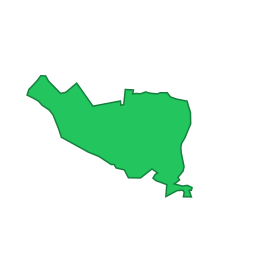 outline of Kiziltepa, Navoi, Uzbekistan, rotated 145°
{"feature_id": "79887680B30897386041175", "entity_name": "Kiziltepa", "entity_type": "district", "adm_level": 2, "iso_a3": "UZB", "parent_name": "Uzbekistan", "parent_adm1": "Navoi", "projection": "natural_earth1", "projection_center": [64.933, 39.801], "detail": "fine", "context": "isolated", "style": "filled", "palette": "green", "viewbox_px": 256, "rotation_deg": 145, "n_neighbors": 0, "source": "geoboundaries", "source_scale": "gbopen_adm2", "svg_char_len": 1045}
<svg xmlns="http://www.w3.org/2000/svg" viewBox="0 0 256 256"><g transform="rotate(145 128 128)"><path d="M101.6,151.7L104.6,153.2L101.7,156.0L108.1,161.1L118.1,149.6L120.8,150.8L118.7,154.5L144.2,166.0L144.3,194.2L158.4,192.9L163.4,195.0L166.2,212.0L165.6,217.9L169.5,220.8L175.7,218.8L182.5,217.3L186.9,216.5L191.8,212.9L188.8,207.4L187.8,205.4L185.9,201.3L185.3,195.8L182.2,188.0L181.8,181.9L185.4,166.7L187.9,158.6L179.7,142.0L174.4,131.1L168.2,121.5L162.7,107.7L160.3,106.1L160.7,102.1L155.0,95.8L156.2,87.0L146.4,79.9L131.8,80.7L129.6,74.2L132.4,74.4L136.3,72.6L135.3,68.8L128.7,59.4L136.3,50.1L131.5,49.5L123.9,48.6L118.8,45.7L118.8,43.1L122.1,39.9L115.6,35.2L113.7,41.8L111.8,40.6L109.7,42.4L112.2,46.9L116.6,49.1L122.2,55.7L115.6,55.8L115.3,58.9L107.6,61.1L104.3,64.1L98.5,77.4L95.8,81.9L92.8,84.7L86.7,87.5L81.6,90.8L74.3,95.4L67.9,104.9L65.8,111.7L64.2,116.1L65.8,117.8L71.6,123.8L75.4,129.1L75.6,134.4L81.4,138.4L84.5,139.1L90.3,144.2L92.8,147.4L98.2,148.9L101.6,151.7Z" fill="#22c55e" stroke="#15803d" stroke-width="1.5"/></g></svg>